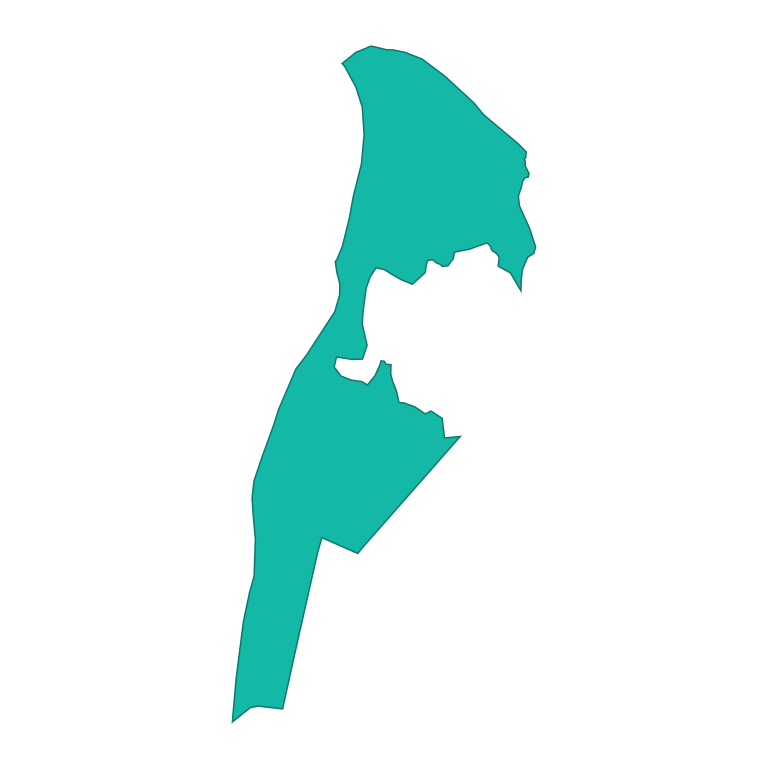 the district of Takum, Taraba, Nigeria
{"feature_id": "59680162B27926848768432", "entity_name": "Takum", "entity_type": "district", "adm_level": 2, "iso_a3": "NGA", "parent_name": "Nigeria", "parent_adm1": "Taraba", "projection": "equal_earth", "projection_center": [9.974, 7.054], "detail": "fine", "context": "isolated", "style": "filled", "palette": "teal", "viewbox_px": 768, "rotation_deg": 0, "n_neighbors": 0, "source": "geoboundaries", "source_scale": "gbopen_adm2", "svg_char_len": 2347}
<svg xmlns="http://www.w3.org/2000/svg" viewBox="0 0 768 768"><path d="M342.1,63.5L344.7,66.4L356.0,87.3L360.4,101.3L361.9,105.9L362.3,107.0L364.1,135.1L361.4,164.1L353.5,195.4L349.3,218.3L342.4,246.1L341.4,248.7L336.8,259.8L335.3,261.4L336.2,267.9L336.9,272.6L338.3,277.9L339.9,284.3L339.6,295.1L334.8,311.6L334.5,312.1L306.6,355.0L295.8,369.1L288.1,387.3L278.9,408.8L278.5,409.7L273.7,425.0L270.6,433.5L262.4,456.0L254.0,480.9L252.1,498.2L253.0,512.3L254.8,533.1L255.4,539.2L254.1,576.2L249.7,591.9L247.5,602.2L245.7,610.7L243.4,621.7L237.4,668.6L236.2,678.0L235.7,683.8L233.0,714.3L232.4,721.9L250.4,707.6L258.4,706.1L282.6,708.9L292.6,663.7L292.9,662.2L298.6,636.7L317.7,552.3L321.9,537.7L357.8,553.5L362.4,547.7L428.6,472.5L438.8,460.8L457.6,439.4L460.2,436.5L444.5,438.0L442.2,418.4L431.0,411.0L425.2,413.9L414.7,406.8L404.2,403.0L399.0,402.6L397.1,393.8L395.8,389.2L392.4,380.8L390.7,373.8L391.0,364.7L386.1,364.3L384.2,361.2L381.0,360.9L380.1,364.5L375.1,375.5L367.5,385.0L361.8,381.6L351.1,380.1L340.9,376.0L334.2,367.0L336.5,357.0L352.1,359.4L362.5,359.1L367.1,345.3L362.3,324.3L362.9,312.8L366.1,288.5L370.2,276.7L376.1,267.8L384.4,269.6L391.8,274.3L401.8,280.0L409.7,283.1L412.4,284.2L418.2,278.9L425.3,272.5L426.4,264.4L427.5,260.6L430.6,259.9L433.3,260.1L435.1,261.8L436.0,262.7L440.3,264.4L442.3,266.4L447.9,265.8L453.3,258.6L454.4,252.4L456.6,251.7L459.7,251.1L465.0,250.1L469.9,249.1L473.9,247.5L481.6,244.8L487.1,242.9L490.9,246.7L490.9,248.5L491.7,249.6L492.6,251.1L493.6,251.4L495.2,252.8L496.1,253.1L496.8,253.8L497.3,254.8L498.1,255.4L498.7,256.6L499.2,258.0L498.7,261.8L498.2,266.1L498.3,266.2L510.4,272.9L520.9,290.7L521.2,280.5L522.3,269.8L527.7,257.2L533.8,253.3L535.6,247.0L534.6,243.6L533.1,239.3L530.2,230.0L528.8,226.6L527.7,224.2L519.4,205.8L518.4,196.1L521.2,187.4L522.7,181.1L525.2,177.7L528.1,177.2L529.1,173.8L527.7,170.9L525.2,166.0L525.2,161.2L524.3,158.8L525.6,157.8L526.3,152.0L517.3,142.9L515.6,141.5L495.8,125.0L483.4,114.5L478.5,108.5L473.8,102.8L472.5,101.7L466.1,95.7L460.7,90.8L459.3,89.5L452.9,83.6L445.0,76.3L439.2,71.9L432.8,67.1L427.9,63.4L422.1,59.0L414.7,56.2L404.6,52.2L399.8,51.3L395.9,50.5L394.9,50.3L392.3,49.8L386.8,49.8L383.4,49.0L380.3,48.2L375.2,47.0L371.2,46.1L369.3,46.8L364.9,48.7L361.8,49.9L356.1,52.2L348.9,58.0L342.1,63.5Z" fill="#14b8a6" stroke="#0f766e" stroke-width="1.5"/></svg>